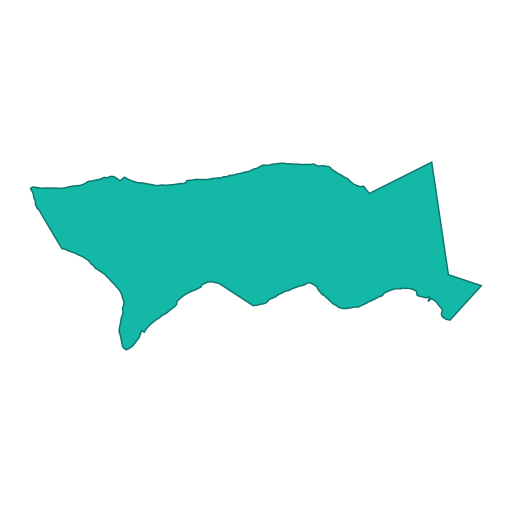 the district of Noord-Beveland, Zeeland, Netherlands
{"feature_id": "6326949B86621762707137", "entity_name": "Noord-Beveland", "entity_type": "district", "adm_level": 2, "iso_a3": "NLD", "parent_name": "Netherlands", "parent_adm1": "Zeeland", "projection": "orthographic", "projection_center": [3.771, 51.565], "detail": "fine", "context": "isolated", "style": "filled", "palette": "teal", "viewbox_px": 512, "rotation_deg": 0, "n_neighbors": 0, "source": "geoboundaries", "source_scale": "gbopen_adm2", "svg_char_len": 6038}
<svg xmlns="http://www.w3.org/2000/svg" viewBox="0 0 512 512"><path d="M450.0,320.1L481.3,285.7L448.4,274.7L431.7,162.2L369.5,193.4L368.0,191.7L366.3,189.9L365.8,189.1L365.4,188.4L364.9,187.7L363.8,186.6L363.4,186.3L363.0,186.2L360.3,186.7L359.7,186.6L354.4,184.6L353.6,184.1L352.5,183.3L350.9,182.0L348.8,179.8L347.6,178.7L344.9,177.5L341.4,175.2L340.4,174.7L338.3,173.6L334.5,171.2L332.2,169.6L330.3,167.7L329.2,166.9L328.6,166.6L328.3,166.5L325.5,166.3L324.0,165.7L322.7,165.6L321.6,165.7L320.3,166.1L319.5,166.1L319.0,166.1L317.4,165.7L316.0,165.4L314.5,164.4L313.9,164.1L313.5,164.0L313.1,164.0L310.3,164.6L305.9,164.4L300.8,164.6L299.5,164.3L297.9,164.1L296.7,164.1L293.7,164.2L290.6,163.8L287.5,163.9L284.4,163.3L282.0,163.2L279.2,163.4L275.1,164.0L272.5,164.2L271.2,164.5L269.2,165.1L268.5,165.2L266.8,165.3L263.5,165.1L263.0,165.2L262.2,165.4L260.8,166.1L257.9,167.8L257.2,168.2L255.8,168.6L254.8,168.8L253.6,169.2L251.6,170.1L249.2,171.3L248.5,171.5L244.4,172.2L241.4,173.2L237.4,174.0L233.0,175.2L232.3,175.3L229.7,175.4L229.1,175.6L227.5,176.4L226.9,176.6L223.8,176.8L220.9,177.8L220.3,177.9L218.4,177.9L216.3,178.1L213.9,178.4L211.4,178.7L208.5,179.4L205.5,179.6L202.0,179.4L200.3,179.6L198.6,179.5L196.7,179.3L195.2,179.5L194.0,179.8L192.6,180.1L188.0,180.5L187.2,180.6L186.8,180.8L186.5,181.1L186.3,181.4L185.7,182.5L185.4,182.9L185.0,183.1L184.5,183.4L179.3,183.7L175.0,184.4L173.0,184.7L168.5,185.0L166.8,185.3L165.5,185.3L162.6,185.0L161.3,185.1L158.5,185.5L157.4,185.6L156.5,185.6L150.9,184.5L148.4,184.1L142.1,182.9L139.2,182.7L138.4,182.8L137.7,182.7L136.6,182.4L131.3,180.6L128.5,179.4L127.5,179.0L124.6,177.3L123.9,177.5L122.3,178.9L121.6,179.7L121.3,179.9L120.5,180.4L119.9,180.5L119.3,180.3L118.6,179.8L115.7,177.6L113.6,176.7L112.8,176.5L111.6,176.3L110.5,176.5L108.8,177.0L107.7,177.6L106.8,177.8L105.9,177.7L104.9,177.4L103.8,177.5L100.0,179.3L98.9,179.5L96.2,179.9L93.3,180.8L92.3,181.0L88.3,181.4L87.8,181.6L87.4,181.8L86.6,182.5L85.3,183.4L84.0,184.1L80.9,185.2L79.6,185.5L74.6,185.9L71.7,186.3L68.6,186.9L63.9,188.1L58.9,188.4L57.0,188.1L54.1,188.1L50.4,188.1L48.0,188.0L45.2,188.1L41.5,188.3L41.2,188.3L39.3,187.9L36.7,187.5L34.3,187.2L33.1,187.1L32.5,187.2L31.3,187.8L30.9,188.3L30.7,188.7L30.8,189.2L31.1,189.9L31.5,190.5L32.6,192.0L33.0,193.2L33.4,194.7L33.6,196.3L34.3,199.0L35.3,200.7L35.3,201.2L35.4,203.2L35.7,205.1L37.0,207.9L37.3,208.5L37.6,208.8L38.8,209.7L39.2,210.1L39.6,210.8L40.2,211.9L40.3,212.3L61.9,248.6L65.1,249.2L65.8,249.5L67.0,250.2L68.4,250.9L70.5,251.5L74.0,252.8L74.7,252.9L75.0,253.1L76.8,254.1L80.1,255.6L81.5,256.1L82.7,256.7L84.5,257.9L86.3,258.8L87.2,259.5L88.7,261.0L90.0,262.0L90.3,262.4L90.8,263.5L90.9,263.8L91.1,264.0L91.5,264.2L92.8,264.8L93.4,265.6L94.9,267.7L95.3,268.2L95.6,268.5L97.1,269.1L98.5,270.2L100.5,271.3L102.4,272.8L104.4,274.0L105.2,274.6L106.6,276.3L107.1,276.8L108.3,277.7L109.8,279.6L112.4,282.4L114.5,284.5L115.6,285.7L116.3,286.7L117.4,287.7L118.4,288.8L119.0,289.7L120.2,291.4L120.7,292.3L121.2,293.7L122.0,295.2L122.2,296.0L122.3,297.2L123.2,299.3L123.6,300.7L123.8,301.3L123.8,302.2L123.8,304.1L123.7,305.0L123.5,305.7L123.4,306.0L122.8,307.0L122.6,307.5L122.6,308.7L122.7,309.8L123.0,311.8L123.0,312.3L122.9,313.0L122.7,314.0L122.5,314.9L121.8,316.6L121.4,317.6L121.1,318.9L121.0,319.5L120.8,321.1L120.3,324.2L120.0,325.4L119.6,326.7L119.4,328.1L119.2,330.0L119.2,331.2L119.3,332.0L120.1,334.7L120.5,336.2L122.3,345.1L122.7,346.2L123.2,347.3L123.7,348.0L126.2,349.8L126.3,349.8L127.8,349.2L129.1,348.5L132.2,346.3L133.4,345.1L134.9,343.2L136.5,340.9L136.9,340.1L137.6,339.4L138.4,338.6L138.7,338.2L139.0,337.7L139.5,336.7L140.5,333.5L140.8,332.7L141.8,330.7L144.2,332.2L146.4,328.7L147.2,327.7L148.2,326.6L150.5,324.3L151.3,323.5L153.2,322.1L156.2,319.7L158.3,318.5L160.5,317.0L161.6,315.6L161.9,315.3L163.8,314.7L165.3,313.9L166.6,313.0L169.9,310.1L171.7,308.8L174.7,306.5L175.5,305.8L176.3,304.8L176.5,304.5L176.6,304.1L176.8,303.2L176.8,302.3L177.0,301.6L177.3,301.2L180.2,298.2L185.4,294.3L189.8,292.1L192.0,291.1L195.3,289.9L197.9,288.5L200.2,287.5L200.7,287.1L201.4,286.3L201.6,285.8L201.7,285.1L201.8,284.9L202.0,284.7L205.6,283.1L206.9,282.3L208.3,282.0L209.4,281.9L211.3,281.7L211.8,281.8L216.3,282.8L218.7,283.2L228.2,289.4L253.2,305.7L255.1,305.4L256.1,305.2L257.5,305.1L259.0,304.6L261.9,304.1L264.0,303.6L265.0,303.3L266.4,302.5L267.2,302.0L267.8,301.2L268.7,300.0L269.2,299.4L272.1,298.3L275.5,296.8L279.0,294.3L279.2,294.1L280.7,293.6L284.9,291.4L286.5,290.9L287.8,290.8L288.1,290.7L290.5,289.6L292.0,288.8L296.3,287.2L300.0,286.0L302.5,285.5L303.8,285.1L307.2,283.2L307.9,282.8L308.6,282.6L309.4,282.7L311.7,283.5L314.3,285.0L315.5,285.8L316.8,286.9L317.1,287.2L317.7,288.5L319.0,290.7L320.0,291.7L321.1,293.3L321.8,294.1L322.7,294.9L323.2,294.4L326.3,297.6L327.1,298.2L327.9,298.7L328.2,299.1L329.0,300.0L329.6,300.6L330.0,300.9L330.8,301.4L331.4,302.0L331.6,302.4L332.2,302.8L332.5,303.2L333.5,304.1L335.0,304.8L337.1,306.0L338.2,307.1L338.9,307.5L340.7,308.0L343.1,308.5L346.4,308.5L350.0,308.0L354.5,307.0L356.4,306.9L357.9,307.1L358.7,306.8L360.9,305.7L361.8,305.4L364.5,304.1L366.3,303.3L367.1,302.8L367.9,302.1L369.8,301.4L372.4,300.1L375.1,298.9L376.8,297.9L377.8,297.6L378.6,296.9L379.4,296.5L380.5,296.3L381.5,296.1L382.3,295.6L383.6,293.9L384.4,293.1L387.9,291.3L391.6,289.9L392.6,289.6L393.5,289.3L396.2,288.6L397.2,288.5L398.2,288.6L399.2,288.8L401.1,288.7L402.1,288.3L403.1,288.2L406.0,288.4L408.0,288.3L409.0,288.4L410.9,288.9L411.9,289.1L414.9,290.3L416.1,291.1L416.7,292.1L416.8,293.1L416.8,294.1L417.0,295.0L418.0,295.7L420.0,296.3L422.9,296.9L425.9,297.8L426.9,297.6L427.6,297.3L428.3,296.9L428.8,296.2L429.1,296.4L429.3,296.7L429.4,297.0L429.5,297.7L428.6,299.7L428.4,300.7L428.6,301.1L429.2,300.7L429.9,299.7L431.0,298.7L432.3,299.1L434.1,300.2L435.0,300.8L435.8,301.4L436.4,302.2L440.6,307.6L441.3,308.3L442.5,309.9L442.2,311.4L441.4,313.2L441.7,315.2L442.1,316.2L442.6,316.9L443.4,317.6L444.2,318.1L445.1,318.7L446.0,319.1L447.0,319.4L450.0,320.1Z" fill="#14b8a6" stroke="#0f766e" stroke-width="1.5"/></svg>